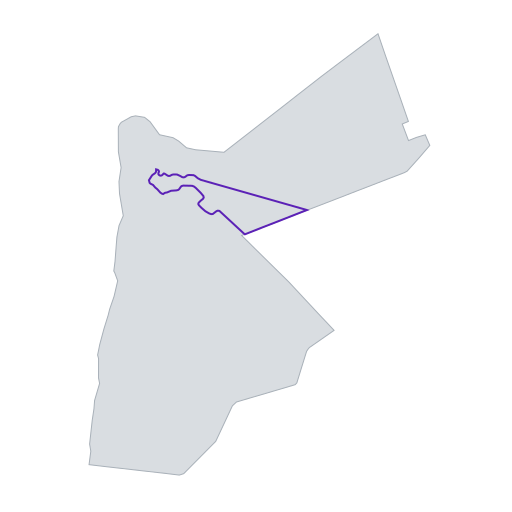 where Zarqa sits in Jordan, rotated 356°
{"feature_id": "JOR-860", "entity_name": "Zarqa", "entity_type": "Province", "adm_level": 1, "iso_a3": "JOR", "parent_name": "Jordan", "parent_adm1": "", "projection": "natural_earth1", "projection_center": [36.356, 31.849], "detail": "fine", "context": "in_parent", "style": "outline", "palette": "violet", "viewbox_px": 512, "rotation_deg": 356, "n_neighbors": 0, "source": "natural_earth", "source_scale": "10m", "svg_char_len": 2428}
<svg xmlns="http://www.w3.org/2000/svg" viewBox="0 0 512 512"><g transform="rotate(356 256 256)"><path d="M145.6,107.8L154.5,109.9L159.7,114.7L168.2,128.3L181.5,132.2L186.9,136.0L194.2,143.2L203.1,145.8L231.3,150.3L253.8,135.2L272.7,122.5L294.3,108.0L308.9,98.1L333.9,81.3L350.3,70.6L371.9,56.6L393.2,42.8L399.2,65.4L405.2,87.4L411.4,110.2L417.4,132.4L411.1,134.5L416.2,151.5L424.3,148.9L433.3,146.9L437.1,157.8L425.0,170.0L412.7,181.9L409.8,183.2L393.8,188.1L361.0,198.2L339.1,205.0L311.0,213.6L287.6,220.8L264.5,227.9L243.1,234.5L255.3,248.4L274.1,269.7L286.6,283.8L301.4,302.1L314.6,318.4L328.7,335.6L318.9,341.5L302.8,351.1L301.1,352.9L299.8,354.7L293.1,371.9L287.9,385.4L286.1,387.1L263.5,392.1L240.7,397.1L226.3,400.3L222.0,403.8L212.6,420.7L202.9,438.1L186.7,452.3L168.7,468.1L164.2,469.2L151.2,466.7L129.0,462.6L107.5,458.6L92.8,455.9L74.9,452.5L77.6,439.2L76.9,432.0L81.2,408.3L83.7,397.1L84.9,388.9L91.1,372.2L90.4,366.7L91.8,347.4L91.1,343.7L94.0,333.2L99.3,317.9L104.4,304.8L106.3,298.9L111.6,286.4L116.3,271.1L113.9,262.8L113.1,261.1L115.0,251.5L117.3,235.8L118.6,227.3L121.5,216.1L126.4,206.6L124.2,184.2L124.5,172.2L127.6,158.4L126.0,142.4L127.5,119.5L127.8,117.4L129.6,114.6L131.0,113.2L141.2,108.4L145.6,107.8Z" fill="#d9dde1" stroke="#a8b0b8" stroke-width="1"/><path d="M310.0,213.7L305.1,215.2L284.4,221.7L263.8,228.1L246.4,233.6L246.1,233.4L222.7,208.5L221.1,208.1L219.7,208.5L215.8,211.1L214.2,211.1L212.3,210.3L208.6,207.8L204.9,204.1L202.6,201.4L202.1,200.3L202.2,199.4L202.9,198.5L204.8,196.9L207.1,195.3L207.9,194.1L207.7,192.5L205.3,189.2L200.6,183.8L198.9,182.3L197.1,181.5L188.3,180.7L186.5,181.1L185.6,182.0L184.0,184.0L182.9,184.7L181.2,185.0L175.8,185.0L171.7,186.4L170.4,186.5L169.4,186.7L167.7,187.7L166.6,187.3L165.0,186.1L162.2,182.5L160.2,180.6L158.3,178.0L156.7,177.0L156.1,176.7L155.4,176.1L155.0,175.6L154.5,172.9L157.7,168.6L158.6,167.8L160.0,167.0L161.0,166.4L161.7,165.7L162.2,164.8L162.4,162.6L164.1,163.2L164.8,164.0L165.1,164.7L165.0,165.4L164.6,166.0L164.4,166.7L164.4,167.7L164.9,168.4L165.7,169.0L166.6,169.2L167.6,169.0L168.4,168.5L169.6,167.3L170.4,167.4L171.4,168.1L173.5,169.7L174.7,170.1L175.9,170.0L177.6,169.2L178.5,169.0L179.5,168.9L182.9,169.2L186.2,171.0L187.7,172.1L189.0,172.5L190.2,172.4L191.3,171.9L192.2,171.2L193.2,170.7L194.8,170.5L199.3,171.0L200.7,171.8L203.4,174.4L206.3,176.2L309.8,213.6L310.0,213.7Z" fill="none" stroke="#5b21b6" stroke-width="2"/></g></svg>